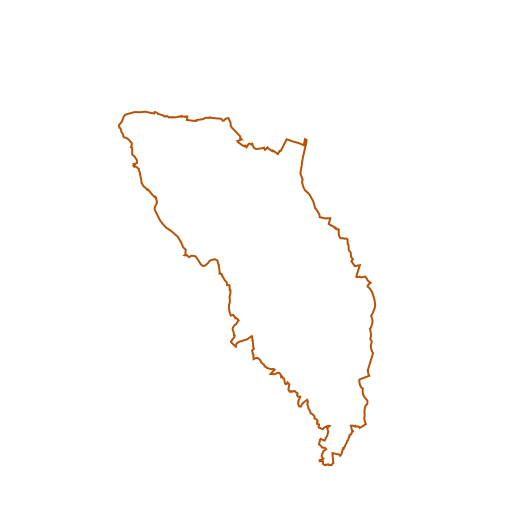 outline of Martinis, Harghita, Romania, rotated 128°
{"feature_id": "2599482B98292764563542", "entity_name": "Martinis", "entity_type": "district", "adm_level": 2, "iso_a3": "ROU", "parent_name": "Romania", "parent_adm1": "Harghita", "projection": "orthographic", "projection_center": [25.42, 46.235], "detail": "fine", "context": "isolated", "style": "outline", "palette": "amber", "viewbox_px": 512, "rotation_deg": 128, "n_neighbors": 0, "source": "geoboundaries", "source_scale": "gbopen_adm2", "svg_char_len": 6064}
<svg xmlns="http://www.w3.org/2000/svg" viewBox="0 0 512 512"><g transform="rotate(128 256 256)"><path d="M238.3,443.2L238.9,442.8L238.9,441.9L239.3,440.7L240.2,439.2L241.3,438.2L241.6,436.6L242.3,435.3L243.5,434.1L243.8,432.9L242.9,431.3L242.6,428.4L243.2,425.3L243.2,423.8L244.9,422.3L247.2,421.6L246.9,420.3L252.3,416.0L252.3,413.4L252.5,412.3L253.2,411.0L253.4,409.4L255.8,407.1L256.7,407.3L258.6,408.9L258.8,408.0L260.3,408.4L260.6,406.9L259.6,406.8L259.5,401.9L260.5,401.2L262.0,398.5L262.7,398.1L266.3,393.7L268.7,391.3L269.9,388.6L270.2,387.2L270.4,387.1L270.4,384.1L270.8,382.4L270.1,382.3L271.7,374.5L272.0,371.6L272.1,370.9L271.4,371.1L271.6,370.6L274.8,366.9L279.8,365.8L281.8,364.5L287.1,353.4L288.7,346.7L289.0,344.0L288.5,338.8L289.0,329.3L291.4,323.3L294.0,318.7L294.2,315.4L298.6,312.4L299.3,312.7L299.0,311.9L298.0,311.5L298.1,308.0L295.4,307.0L293.5,303.5L294.3,300.5L296.5,294.5L296.6,292.4L296.1,291.1L294.7,290.1L290.0,289.4L288.5,289.6L286.8,288.8L283.9,286.5L283.3,283.5L285.5,281.2L285.7,280.0L286.8,279.3L288.7,277.0L292.2,273.9L291.6,273.6L291.9,272.8L291.5,272.3L291.5,271.8L292.3,270.4L292.6,270.4L293.2,268.3L294.2,266.1L294.8,262.9L295.5,262.0L296.8,260.8L295.3,259.0L299.1,255.7L298.7,255.2L300.3,253.7L304.9,251.4L306.8,249.4L309.4,247.7L311.2,247.2L312.8,245.7L313.9,245.0L317.0,241.7L318.4,239.1L316.5,237.9L317.2,234.9L317.7,234.0L317.0,233.6L317.4,230.1L322.2,229.8L324.1,230.4L327.0,230.0L328.5,229.0L329.7,226.8L332.0,224.6L331.7,224.0L332.8,223.2L338.8,223.0L339.3,222.6L339.9,216.1L337.0,217.5L334.2,216.6L326.9,211.6L321.8,210.0L323.5,207.7L324.6,207.1L324.8,206.2L325.4,206.0L327.5,203.7L329.3,202.4L330.4,200.5L331.0,200.4L332.0,200.9L333.2,200.7L334.3,199.0L335.3,198.3L335.2,197.5L335.6,196.8L337.6,195.7L338.2,194.8L338.1,194.4L338.4,194.3L336.2,193.1L335.7,192.4L335.8,192.0L335.2,191.1L335.2,190.3L335.9,187.5L336.7,186.3L336.6,185.1L336.9,184.1L336.7,183.4L336.8,182.9L337.3,181.4L337.7,181.2L337.2,180.1L337.5,178.8L337.2,177.7L335.8,174.3L334.5,173.0L334.1,172.0L334.1,171.3L340.0,171.9L338.7,169.8L337.5,168.5L334.1,166.6L333.8,164.6L334.8,163.0L334.7,162.5L335.9,161.7L334.9,160.9L335.6,159.7L335.3,158.8L335.9,157.7L338.0,155.3L338.8,153.9L337.9,153.1L336.1,153.3L336.7,150.6L341.3,148.3L342.2,145.9L341.2,145.5L341.0,145.1L341.3,144.9L341.3,144.5L341.0,144.2L339.0,142.9L338.6,142.4L338.9,140.4L338.5,139.7L338.5,139.1L339.2,138.3L340.0,138.3L341.1,136.5L339.8,134.9L339.7,134.4L344.5,133.2L346.9,131.5L348.0,129.3L346.9,127.9L344.7,128.6L341.7,128.2L337.9,127.2L338.8,125.3L340.6,124.7L341.4,124.1L342.0,123.3L342.8,121.7L343.4,121.4L343.8,120.8L344.5,118.9L346.3,116.1L345.9,114.1L346.3,111.1L348.0,110.0L347.5,107.7L348.0,105.8L349.1,105.6L349.3,105.1L350.1,105.1L350.6,104.7L350.7,104.0L349.9,102.6L352.0,101.5L352.5,100.9L351.4,96.7L349.8,96.7L347.1,95.7L345.0,94.2L344.6,93.4L347.8,93.9L349.6,91.3L351.7,90.1L353.2,89.5L359.2,88.3L360.0,90.5L360.2,92.4L361.8,92.4L362.7,91.6L365.3,90.7L365.7,90.2L365.6,87.8L366.3,86.2L364.7,83.4L365.1,81.7L367.8,82.7L372.3,81.6L373.2,81.1L373.7,80.5L374.1,78.1L376.1,78.9L377.7,80.2L378.5,79.4L376.5,76.8L378.6,75.2L378.6,73.6L378.2,72.8L377.7,72.7L377.7,72.1L375.7,71.0L375.9,70.4L375.7,69.7L374.2,67.7L373.6,68.0L371.5,67.5L370.4,68.8L364.3,74.4L361.3,68.2L361.2,67.1L361.6,66.8L361.6,66.6L358.5,67.0L356.6,68.0L355.3,68.4L354.9,68.3L354.8,68.6L353.9,68.3L353.6,69.0L353.1,68.6L351.0,68.7L349.5,69.4L347.6,69.5L345.1,70.3L344.4,70.1L343.6,70.3L342.4,71.0L340.9,71.0L340.5,71.7L340.0,72.0L339.0,71.9L338.1,71.3L336.6,71.5L336.2,71.9L335.3,72.0L334.4,71.6L334.1,72.2L334.2,73.4L332.0,75.7L331.3,76.8L330.1,75.4L329.4,73.2L328.7,73.2L328.8,72.1L327.9,71.3L327.2,69.5L327.6,68.4L320.8,65.9L319.4,68.4L317.4,70.7L314.9,72.1L310.7,75.6L306.7,77.5L304.1,77.2L301.8,78.8L301.3,79.4L300.5,83.4L299.3,86.3L296.3,89.3L294.6,90.2L294.9,91.8L293.5,94.9L291.1,97.5L289.6,98.4L280.6,93.0L279.4,95.4L277.7,96.8L277.6,97.4L260.4,104.0L259.6,106.2L257.6,109.0L255.9,110.4L252.1,112.1L251.0,114.9L247.0,116.8L243.2,121.5L241.7,121.3L236.4,123.4L233.9,125.9L232.3,128.5L230.0,128.7L224.2,130.3L221.3,131.8L217.2,136.1L213.6,141.3L212.7,143.0L211.4,147.2L211.4,149.1L210.8,149.7L208.6,149.8L206.6,149.2L206.5,153.1L205.9,154.1L204.9,157.2L207.7,159.5L208.3,160.5L208.3,161.4L210.5,163.3L210.7,164.0L209.1,164.9L199.3,168.5L203.2,172.0L201.3,177.7L198.9,177.6L198.5,179.7L198.0,180.6L196.6,182.1L195.1,183.3L194.4,185.8L193.7,187.1L190.6,189.6L190.1,190.4L190.2,191.0L186.6,194.1L186.5,194.6L186.9,196.1L187.7,196.6L188.5,198.5L189.8,200.1L189.8,201.3L188.7,203.2L186.6,205.3L184.1,207.1L185.5,209.3L185.3,211.0L184.8,210.8L185.5,215.3L185.9,215.8L185.7,216.8L186.0,218.4L180.5,220.7L182.8,223.5L183.4,223.9L186.2,229.7L185.5,230.1L184.0,232.2L182.1,237.1L182.1,238.7L178.6,243.1L177.5,244.9L174.5,252.0L174.0,257.9L172.8,260.6L170.1,264.5L168.6,265.7L167.1,266.2L163.7,271.8L149.6,279.7L135.5,286.2L133.4,287.6L133.7,289.3L139.3,286.6L140.7,291.9L142.7,296.6L145.2,303.7L157.3,301.3L157.8,301.2L158.5,302.1L162.2,301.5L162.4,306.7L162.7,307.9L163.3,307.7L163.6,310.6L163.6,312.5L163.3,313.8L166.8,314.2L166.8,314.7L165.7,316.4L166.7,317.0L170.9,320.9L172.1,323.1L171.7,325.2L169.9,328.1L170.8,328.3L170.7,328.6L171.2,328.8L171.1,329.6L171.5,330.4L172.4,330.8L176.1,330.4L175.5,332.1L176.5,332.3L176.4,333.3L177.0,333.6L177.4,339.7L177.4,340.3L176.7,340.9L176.7,341.4L174.9,340.1L173.4,339.6L173.0,339.1L172.8,340.7L173.0,340.9L171.4,342.2L169.7,354.0L169.0,356.0L166.6,358.2L164.3,362.7L166.5,364.4L169.0,364.7L169.9,365.5L169.3,367.9L174.3,375.7L175.3,377.9L175.8,377.7L178.0,380.7L180.9,382.1L185.3,386.4L186.1,386.1L186.9,387.4L187.2,387.2L191.3,394.1L188.4,396.0L189.8,397.4L189.5,397.5L192.4,400.9L191.8,401.1L196.0,404.5L196.9,405.5L197.3,406.4L198.7,407.5L198.6,408.0L199.0,408.6L200.4,409.8L200.5,412.1L201.0,412.9L201.9,413.2L202.3,414.0L202.5,416.0L204.3,420.7L204.1,421.6L204.4,423.1L204.9,424.4L206.5,424.1L210.5,432.1L214.2,436.0L217.3,440.2L222.8,444.4L225.5,446.1L228.0,446.0L232.5,444.5L237.5,444.5L238.3,443.2Z" fill="none" stroke="#b45309" stroke-width="2"/></g></svg>